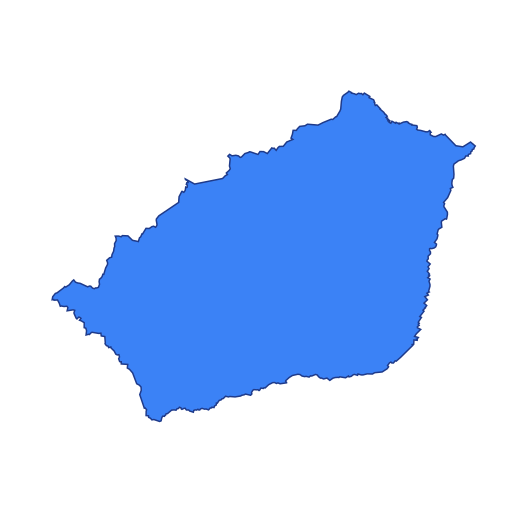 Non Sila, Khon Kaen, Thailand (Albers equal-area conic projection), rotated 283°
{"feature_id": "78962969B89179811023698", "entity_name": "Non Sila", "entity_type": "district", "adm_level": 2, "iso_a3": "THA", "parent_name": "Thailand", "parent_adm1": "Khon Kaen", "projection": "albers", "projection_center": [102.669, 15.978], "detail": "fine", "context": "isolated", "style": "filled", "palette": "blue", "viewbox_px": 512, "rotation_deg": 283, "n_neighbors": 0, "source": "geoboundaries", "source_scale": "gbopen_adm2", "svg_char_len": 6085}
<svg xmlns="http://www.w3.org/2000/svg" viewBox="0 0 512 512"><g transform="rotate(283 256 256)"><path d="M167.5,67.2L168.1,68.7L167.5,69.1L168.5,72.5L165.9,74.8L163.0,76.6L163.5,77.5L163.6,80.3L164.5,83.0L163.5,84.3L160.1,84.3L162.4,89.9L162.3,91.6L159.7,91.4L159.0,91.7L155.0,94.7L154.4,95.7L156.6,97.1L156.6,98.0L155.9,99.5L153.7,98.5L153.5,100.3L152.4,103.6L147.5,104.7L147.4,106.4L145.1,107.7L140.8,108.2L142.0,110.3L142.0,111.3L144.4,112.8L144.8,113.4L145.2,120.3L145.9,122.2L143.3,123.2L143.5,126.8L137.5,128.7L136.7,128.6L136.0,129.2L135.0,130.5L134.9,132.1L133.6,133.1L134.7,135.0L133.6,135.6L131.6,139.1L128.8,141.5L128.4,143.1L129.0,144.6L126.9,145.7L125.0,145.3L122.6,146.8L122.3,147.5L122.6,148.5L120.5,149.0L121.5,155.4L117.9,155.8L117.1,158.3L114.3,162.1L104.7,168.5L103.9,171.5L102.4,173.5L99.3,174.4L94.8,173.9L82.6,181.4L83.0,182.1L81.6,184.0L80.1,183.9L75.8,184.8L76.1,187.2L74.6,187.7L74.2,189.6L72.9,191.4L73.7,193.3L73.1,199.3L74.0,200.6L77.4,200.6L79.0,201.2L79.2,202.9L80.0,202.9L80.6,203.7L82.0,203.9L82.5,205.2L86.8,208.4L87.6,210.7L87.8,212.8L89.5,213.5L89.9,214.7L91.4,215.4L91.2,217.0L90.1,217.7L89.9,218.3L91.3,220.1L91.7,221.2L90.3,222.8L90.8,225.1L90.0,226.3L89.7,230.1L91.5,230.1L92.4,231.4L92.5,232.8L93.6,233.9L93.1,234.7L93.3,235.8L94.4,236.2L95.4,237.7L95.2,240.5L95.7,241.7L95.4,244.4L97.6,245.6L98.0,246.9L98.7,247.0L98.9,249.2L100.5,249.3L101.9,250.8L103.8,250.5L103.9,251.4L107.0,252.6L108.0,254.4L109.1,254.9L109.8,256.2L112.5,257.9L112.5,260.9L113.2,262.0L114.0,267.3L116.2,272.7L117.0,273.3L118.1,275.7L119.1,276.8L119.1,282.1L120.7,283.0L121.6,282.4L122.3,282.4L124.4,283.1L125.3,283.9L125.8,287.0L126.2,288.0L125.6,289.0L125.8,289.6L128.4,290.5L128.6,293.0L129.5,293.5L129.5,294.6L133.5,297.3L136.4,300.8L136.9,302.6L136.4,304.6L137.3,305.9L136.9,308.2L139.3,314.3L139.8,314.2L140.6,313.0L141.2,313.0L145.1,315.7L147.8,318.4L150.2,323.4L150.4,325.6L149.4,327.8L149.4,330.5L150.0,331.9L150.0,335.0L151.5,336.1L151.6,337.3L154.0,340.7L153.8,342.6L152.5,344.0L151.5,346.2L151.8,347.2L151.4,349.5L153.0,352.6L151.4,355.9L154.3,358.5L155.4,360.5L156.3,363.5L156.2,364.1L157.1,364.8L157.5,370.7L159.9,373.1L159.1,373.8L160.1,375.8L162.3,377.6L162.8,378.7L162.6,381.8L164.0,381.9L163.8,385.2L164.2,387.0L166.2,390.9L167.2,396.0L169.0,397.9L171.4,405.0L175.7,409.2L177.9,410.1L178.9,408.8L181.9,410.1L183.0,411.3L182.3,412.5L182.7,414.0L185.2,415.2L185.1,416.3L189.8,419.7L204.3,428.9L204.9,428.2L205.5,429.5L209.7,428.8L210.1,431.8L210.9,431.3L210.9,431.9L211.7,431.8L213.1,432.5L213.3,428.6L216.3,429.7L221.5,433.0L222.4,429.4L223.6,429.2L225.1,430.6L226.1,429.4L227.1,430.2L228.0,429.0L233.4,431.0L233.8,429.2L240.0,432.1L240.8,430.9L243.4,432.6L243.5,432.2L246.1,433.5L247.9,430.3L251.9,432.9L254.4,429.6L256.7,432.7L258.2,430.9L259.9,432.9L260.3,432.1L265.7,432.3L267.4,431.9L270.4,430.2L272.7,430.8L273.5,428.2L275.8,429.6L276.3,428.5L277.4,429.1L279.7,426.3L282.6,427.5L284.1,426.0L287.4,427.5L289.4,423.7L290.5,423.7L292.0,424.5L294.5,423.7L297.4,425.5L299.2,425.1L300.5,423.8L302.2,423.5L302.6,424.1L302.7,425.6L303.9,427.8L305.3,429.0L307.0,429.3L308.2,429.2L309.4,426.8L313.4,428.5L316.5,428.6L317.6,428.4L318.2,427.5L322.4,427.6L323.5,428.1L325.8,430.6L330.5,429.0L331.8,429.0L334.8,431.9L334.8,433.3L335.3,433.4L339.6,433.2L341.8,432.6L346.3,428.0L347.3,427.7L349.4,428.0L350.4,426.7L356.0,429.6L363.7,431.1L365.5,430.2L367.2,432.4L368.8,431.2L371.0,430.4L374.6,430.1L376.3,431.1L380.1,430.5L388.0,428.1L390.1,428.2L394.4,431.9L395.8,434.3L398.1,437.2L400.6,437.9L401.2,440.3L401.8,440.0L402.8,440.2L404.0,442.1L406.0,441.9L406.9,442.9L408.4,442.8L409.3,444.2L410.7,444.2L412.5,444.9L415.3,439.4L408.9,433.0L408.4,425.9L416.5,413.4L417.1,412.9L416.0,411.5L416.6,409.1L412.8,404.2L412.4,402.1L413.3,398.5L415.5,398.0L415.9,398.7L417.3,397.0L415.7,395.5L415.2,393.6L415.4,388.1L415.1,385.3L415.6,384.0L417.8,384.2L419.2,383.4L418.7,378.3L419.3,378.3L419.4,376.2L419.9,374.5L420.4,374.5L420.9,372.7L419.6,369.5L416.9,365.9L417.7,365.4L417.1,364.9L417.8,362.4L416.8,362.1L417.9,358.1L415.7,357.5L416.2,355.7L417.8,356.1L418.1,355.3L417.1,355.2L417.4,354.0L418.8,354.3L419.0,353.0L419.9,353.2L420.2,351.6L421.7,352.4L423.3,350.2L423.2,349.7L424.7,348.3L427.0,343.9L427.3,344.1L430.4,339.7L429.5,338.4L430.8,337.5L432.3,337.2L432.3,336.6L433.4,336.4L434.7,335.4L435.7,330.6L437.1,331.0L439.1,324.9L437.2,323.9L438.1,322.1L437.6,320.9L437.7,319.4L435.8,317.3L436.2,315.5L436.2,312.4L436.7,312.4L437.5,309.4L436.2,308.7L432.2,305.1L430.4,304.3L426.0,304.4L418.3,305.5L416.2,305.2L409.9,303.2L409.5,302.3L406.3,300.1L406.2,298.5L401.0,291.2L397.5,287.0L396.0,276.5L393.9,274.4L392.1,269.4L389.2,267.7L387.5,267.1L386.8,263.9L382.8,264.1L378.7,263.6L377.9,265.7L374.0,260.3L369.0,257.9L368.0,254.1L366.6,253.1L363.5,251.9L365.2,249.4L364.6,248.4L364.9,247.1L358.4,244.0L359.4,239.9L358.7,236.4L355.4,235.1L356.2,227.1L356.0,226.0L355.4,225.7L353.3,222.1L349.2,219.6L348.5,218.4L349.6,216.4L349.6,213.7L348.2,210.1L349.1,207.4L347.0,206.1L345.6,208.4L344.6,209.0L337.7,209.9L335.2,211.3L333.2,210.5L330.2,208.4L328.9,209.8L327.3,208.0L324.0,206.0L312.3,180.0L315.2,169.8L314.6,170.1L314.0,172.2L312.3,173.3L311.8,172.1L310.1,172.0L309.7,173.2L307.4,173.4L307.1,172.8L307.3,172.0L304.0,172.3L301.8,171.3L302.4,169.4L301.9,169.1L296.5,167.7L290.8,168.6L273.3,152.3L269.6,150.6L268.3,150.8L264.6,152.4L263.3,152.5L261.4,151.7L262.0,149.6L261.2,148.0L258.8,145.8L258.2,142.6L251.9,140.5L251.9,139.9L248.6,139.3L247.6,138.4L243.6,138.1L243.5,132.1L246.8,126.7L245.8,121.2L244.4,120.3L244.5,117.5L243.7,114.4L242.0,115.6L239.6,116.3L236.2,115.4L233.3,116.2L231.9,115.9L228.6,116.2L225.0,115.4L222.4,115.6L221.3,113.7L218.2,111.5L215.9,113.0L214.3,113.2L210.5,112.2L203.9,111.8L203.8,110.9L201.3,110.7L199.3,109.7L198.2,108.7L195.7,108.9L193.2,109.9L190.0,109.5L189.0,107.9L188.8,106.8L187.8,105.9L187.9,104.0L189.4,101.8L189.3,100.6L188.1,98.9L189.8,90.9L189.6,88.3L189.9,86.0L191.7,83.8L190.3,82.7L185.9,80.5L182.9,77.6L183.2,76.5L181.5,75.6L175.3,70.4L174.4,68.9L170.6,67.1L167.5,67.2Z" fill="#3b82f6" stroke="#1e3a8a" stroke-width="1.5"/></g></svg>